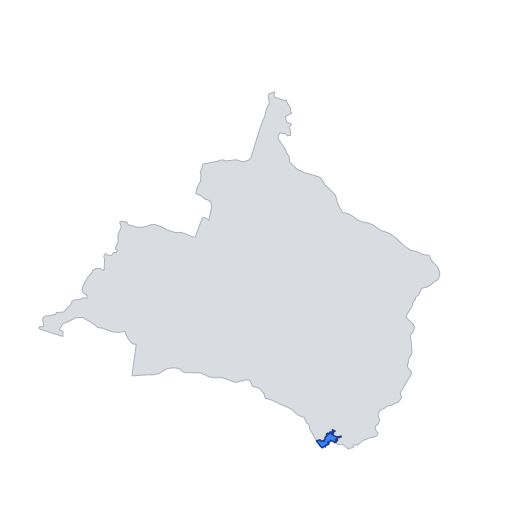 Mahagi, Orientale, Democratic Republic of the Congo (highlighted), rotated 108°
{"feature_id": "63176286B15680618396169", "entity_name": "Mahagi", "entity_type": "district", "adm_level": 2, "iso_a3": "COD", "parent_name": "Democratic Republic of the Congo", "parent_adm1": "Orientale", "projection": "natural_earth1", "projection_center": [30.592, 2.325], "detail": "fine", "context": "in_parent", "style": "filled", "palette": "blue", "viewbox_px": 512, "rotation_deg": 108, "n_neighbors": 0, "source": "geoboundaries", "source_scale": "gbopen_adm2", "svg_char_len": 7067}
<svg xmlns="http://www.w3.org/2000/svg" viewBox="0 0 512 512"><g transform="rotate(108 256 256)"><path d="M408.3,336.9L377.0,342.6L377.6,344.7L377.3,346.8L376.5,348.5L373.4,353.0L368.6,357.1L368.6,358.1L371.0,362.8L372.5,369.1L372.1,380.2L372.8,383.2L372.7,385.5L371.1,388.2L368.0,401.5L370.1,408.0L376.3,414.1L379.9,418.6L386.0,420.2L387.0,419.9L387.4,416.2L392.2,414.8L392.3,438.7L391.9,440.0L391.0,440.3L389.8,439.5L389.5,437.3L388.2,436.3L382.3,439.2L380.7,439.2L379.1,438.6L377.9,437.4L377.5,435.6L373.3,428.7L371.3,428.2L368.9,421.9L359.6,417.3L356.0,417.0L354.1,415.6L352.2,410.6L349.1,407.5L348.4,403.9L347.8,403.4L345.9,404.2L344.2,409.7L342.1,411.0L338.3,411.2L328.7,409.6L321.8,406.7L320.0,406.9L317.2,404.3L316.1,400.0L316.7,396.7L316.2,396.2L305.7,399.0L303.2,400.7L300.8,400.2L300.1,399.3L301.1,397.1L300.6,394.6L299.8,393.5L296.7,392.6L295.7,389.9L293.8,389.5L293.2,389.9L292.7,391.7L291.6,392.3L285.4,391.4L278.8,393.8L270.1,393.1L266.0,396.0L265.4,395.9L264.5,394.4L263.6,389.9L264.1,388.7L265.4,387.8L265.8,386.0L265.3,381.3L265.7,380.2L265.2,377.5L263.9,373.2L262.0,369.7L258.0,364.4L257.3,361.9L257.5,356.0L258.8,346.7L258.6,339.8L256.9,335.3L256.5,330.4L257.5,321.7L256.5,319.6L236.6,318.9L235.8,318.2L235.4,317.0L236.3,311.9L224.2,313.2L220.6,314.2L218.3,316.3L217.6,318.9L217.6,322.7L215.8,326.3L215.3,332.4L211.9,333.1L208.6,333.1L202.1,331.8L195.8,333.5L192.8,335.2L191.1,334.4L185.5,335.0L184.8,334.6L178.2,322.5L175.3,318.5L174.7,316.5L174.9,314.7L174.1,312.1L171.1,305.9L170.5,303.1L170.6,298.5L170.3,297.0L167.5,293.1L165.7,291.8L163.8,291.2L131.3,291.7L120.5,290.9L112.7,291.5L108.7,291.1L107.6,290.6L104.1,291.4L102.2,293.0L99.4,293.9L97.6,293.5L94.2,289.1L98.8,288.3L99.1,287.8L99.4,277.1L98.2,275.6L100.6,273.7L104.5,269.0L108.4,267.3L108.9,266.3L109.7,266.4L111.1,268.4L114.5,271.0L118.6,268.7L119.0,268.0L119.5,263.4L120.6,263.0L122.3,264.0L123.3,264.0L125.1,262.7L130.4,260.4L132.0,263.3L130.5,266.0L131.2,267.9L131.3,270.8L132.2,271.5L136.4,271.8L137.6,271.1L145.8,260.6L148.0,259.3L151.4,255.1L156.0,253.2L158.0,249.9L160.6,244.0L161.8,235.5L161.3,220.7L161.7,218.7L167.2,212.1L173.0,200.0L176.8,196.9L179.7,195.6L184.2,191.2L187.8,186.8L187.3,181.4L188.1,177.0L190.1,171.4L190.7,165.4L190.0,159.2L190.3,154.0L193.0,145.9L193.2,136.5L195.6,128.6L200.4,118.6L202.6,111.1L202.2,103.8L202.9,98.3L202.6,95.2L201.8,92.4L202.2,90.7L204.0,89.9L206.3,87.2L210.3,79.9L214.6,76.4L217.7,75.3L220.8,75.4L222.8,76.1L226.1,78.9L229.9,81.2L232.8,84.0L235.5,88.4L242.3,89.3L245.1,90.9L246.9,91.5L247.6,91.1L249.0,91.3L252.1,92.6L254.7,91.9L267.1,94.8L268.5,93.4L272.1,85.8L274.7,83.2L278.9,83.0L282.2,84.4L284.0,84.4L299.3,77.9L301.3,77.6L306.9,79.2L310.5,78.1L312.0,78.5L315.1,77.3L317.7,72.8L319.8,71.7L341.8,76.6L345.1,74.2L346.7,73.9L351.6,75.7L353.1,78.5L356.0,80.8L358.1,84.8L361.4,87.0L363.0,89.1L365.0,90.6L369.0,91.1L374.0,87.5L377.6,87.9L381.2,89.8L382.5,89.8L385.2,87.7L386.6,85.4L388.0,85.0L390.1,85.9L391.9,88.0L393.4,91.0L398.9,97.8L404.2,100.7L405.6,104.8L407.5,104.4L408.5,104.8L409.8,107.5L410.8,108.0L411.0,109.1L409.7,111.5L408.4,116.3L410.0,119.2L408.7,123.4L408.0,127.8L409.7,128.9L411.9,128.8L414.0,131.1L415.6,131.4L417.2,133.8L416.9,135.8L411.6,142.9L403.7,151.7L401.1,152.7L399.7,154.3L398.7,156.9L396.4,159.0L394.6,159.9L394.5,166.2L391.8,172.7L390.8,174.1L389.4,184.7L389.6,186.5L388.2,195.2L388.4,203.2L384.6,205.8L382.0,209.7L380.8,212.5L380.9,219.1L376.5,223.1L376.2,224.0L377.3,228.6L378.9,229.4L378.9,230.9L382.5,235.9L382.2,251.2L382.4,252.8L384.3,256.4L385.5,263.3L384.2,272.2L389.0,288.3L386.8,294.3L387.8,300.0L390.7,305.9L397.4,311.8L399.2,314.2L400.9,317.4L402.5,322.5L408.3,336.9Z" fill="#d9dde1" stroke="#a8b0b8" stroke-width="1"/><path d="M398.1,126.8L397.9,127.2L397.8,128.2L397.8,128.9L397.7,129.5L397.8,129.5L398.1,129.4L398.2,129.2L398.3,129.1L398.5,129.1L398.7,128.7L398.8,128.5L399.0,128.8L399.4,128.9L399.6,129.2L399.7,129.3L399.8,129.3L399.8,129.2L399.9,129.3L400.0,129.7L400.1,130.0L400.2,130.3L400.2,130.6L400.3,130.8L400.5,130.7L401.0,130.5L401.0,130.9L400.9,131.2L401.4,131.3L401.6,131.4L401.9,131.2L402.2,131.1L402.3,131.2L402.5,131.5L402.8,132.0L403.1,132.2L403.1,132.3L403.0,132.5L402.9,132.6L402.6,132.6L402.4,132.7L402.3,132.8L402.4,133.1L402.5,133.2L403.0,132.9L403.2,133.1L403.2,133.7L403.3,133.7L403.5,133.7L403.8,133.8L404.1,133.8L404.2,133.7L404.3,133.5L404.3,133.3L404.5,133.1L404.8,132.9L404.9,133.0L405.0,133.2L405.2,133.3L405.4,133.3L406.0,133.7L406.4,133.8L406.5,133.9L406.6,134.0L406.8,134.1L407.2,134.0L407.5,134.0L407.8,134.2L408.0,134.1L408.3,133.9L408.6,133.6L408.8,133.7L409.4,133.9L409.6,134.0L409.9,134.2L410.0,134.2L410.2,134.5L410.4,134.5L410.4,134.4L410.5,134.3L410.6,134.2L410.7,133.8L410.8,133.8L411.1,134.0L411.2,134.4L411.1,134.6L411.1,134.8L411.0,135.3L411.3,135.6L411.4,135.8L411.6,135.9L411.7,136.2L412.0,136.7L411.9,136.8L411.6,137.1L411.3,137.5L411.1,137.9L411.1,138.0L411.2,138.4L411.2,138.6L411.4,138.7L411.4,138.8L411.7,139.1L411.9,139.5L412.0,139.7L412.1,139.9L412.2,140.1L412.3,140.2L412.5,140.5L412.7,140.9L412.8,141.0L413.0,141.1L413.1,141.3L413.4,141.1L414.0,140.2L415.0,138.7L415.3,138.3L415.6,138.0L416.7,136.4L417.0,135.8L417.8,134.4L417.8,134.2L417.8,133.6L416.2,132.4L416.0,130.9L415.8,130.9L415.7,131.0L415.3,131.1L415.2,131.2L414.9,131.1L414.7,131.4L414.3,131.2L414.1,131.0L413.9,130.8L413.9,130.7L413.8,130.4L413.7,130.0L413.5,129.5L413.2,129.2L412.9,129.2L412.3,128.7L411.9,128.7L411.7,128.9L411.6,129.0L411.5,129.4L411.6,129.8L411.5,130.0L411.4,130.1L410.6,130.0L410.6,129.9L410.2,129.1L409.9,128.6L409.8,128.4L409.2,128.3L408.8,128.1L408.7,128.1L408.4,128.1L408.3,127.8L408.3,127.7L408.3,127.3L408.5,126.9L408.5,126.7L408.5,125.6L408.4,125.4L408.4,125.2L408.5,125.1L408.7,124.8L409.2,123.3L408.9,123.1L408.7,122.9L408.6,122.6L408.4,122.4L408.2,122.4L408.0,122.6L407.9,122.7L407.7,122.6L407.6,122.3L407.4,122.1L407.1,122.0L406.8,122.7L406.6,123.0L406.4,123.4L406.1,123.6L405.9,123.5L405.8,123.3L405.8,123.0L405.8,122.9L405.9,122.7L406.1,122.7L406.2,122.1L406.4,122.1L406.5,122.1L406.5,121.8L406.4,121.7L406.2,121.6L405.9,121.5L405.5,121.8L405.3,122.4L405.2,122.7L404.9,122.8L404.9,122.7L404.7,122.4L404.0,122.5L403.8,122.4L403.7,122.3L403.6,122.0L403.4,121.6L403.3,121.2L403.0,120.7L402.9,120.6L402.6,120.6L402.4,120.4L402.2,120.1L402.1,119.9L402.0,119.6L401.8,119.3L401.6,119.2L401.4,119.3L401.2,119.3L401.1,119.6L401.4,119.9L401.5,119.9L401.8,119.8L401.8,120.0L402.0,120.3L402.1,120.5L402.1,121.1L402.1,121.3L402.3,121.6L402.5,121.8L402.6,122.0L402.8,122.5L402.9,123.2L403.0,123.7L403.0,124.4L403.1,124.7L403.1,124.9L403.1,125.0L402.9,125.4L402.9,125.5L402.9,125.9L402.8,126.4L402.8,126.6L402.7,126.6L402.6,127.0L402.4,127.1L402.3,127.3L402.3,127.6L402.4,127.9L402.4,128.0L402.4,128.3L402.3,128.5L402.2,128.7L402.2,128.9L402.1,129.0L401.7,129.1L401.3,129.2L400.9,129.2L401.0,128.8L401.0,128.1L400.8,127.7L400.6,127.5L400.4,127.5L400.1,128.0L399.9,128.3L399.7,128.1L399.3,127.9L399.2,127.9L399.0,127.6L398.8,127.7L398.7,127.7L398.5,127.4L398.3,127.1L398.2,126.9L398.1,126.8Z" fill="#3b82f6" stroke="#1e3a8a" stroke-width="1.5"/></g></svg>